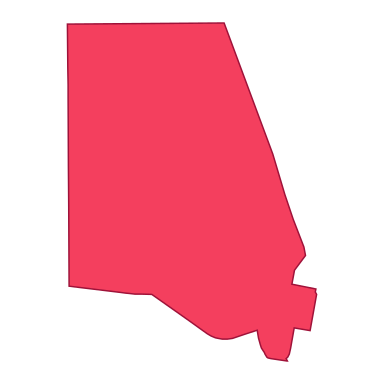 Tevragh Zein, Nouakchott, Mauritania (Mercator projection)
{"feature_id": "47542326B736390613482", "entity_name": "Tevragh Zein", "entity_type": "district", "adm_level": 2, "iso_a3": "MRT", "parent_name": "Mauritania", "parent_adm1": "Nouakchott", "projection": "mercator", "projection_center": [-15.996, 18.127], "detail": "fine", "context": "isolated", "style": "filled", "palette": "rose", "viewbox_px": 384, "rotation_deg": 0, "n_neighbors": 0, "source": "geoboundaries", "source_scale": "gbopen_adm2", "svg_char_len": 744}
<svg xmlns="http://www.w3.org/2000/svg" viewBox="0 0 384 384"><path d="M287.4,361.0L286.1,358.6L287.7,357.2L289.3,354.1L290.6,348.3L294.2,327.9L310.1,330.6L316.6,294.4L315.3,292.0L315.9,289.0L291.9,284.2L294.5,270.2L305.5,255.5L303.9,247.0L293.2,219.3L284.8,194.4L272.8,154.1L224.1,23.0L67.4,24.1L67.8,67.4L68.1,84.8L68.1,96.8L68.4,166.1L68.7,204.3L69.1,286.2L120.3,292.4L125.5,293.1L128.7,293.4L134.9,294.1L141.1,294.1L151.8,294.4L187.1,319.3L207.2,333.7L211.1,336.0L215.4,337.8L218.3,338.4L222.2,339.1L227.4,339.1L232.5,338.4L244.6,334.3L257.2,330.2L258.5,338.1L260.4,344.9L261.4,348.0L263.4,351.1L264.3,352.4L265.0,354.1L266.9,357.2L267.9,357.9L270.8,358.6L287.0,361.0L287.4,361.0Z" fill="#f43f5e" stroke="#9f1239" stroke-width="1.5"/></svg>